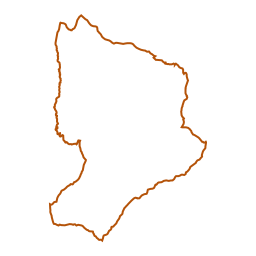 the district of Paz De Río, Boyacá, Colombia
{"feature_id": "7082276B10900430130409", "entity_name": "Paz De Río", "entity_type": "district", "adm_level": 2, "iso_a3": "COL", "parent_name": "Colombia", "parent_adm1": "Boyacá", "projection": "natural_earth1", "projection_center": [-72.768, 6.027], "detail": "fine", "context": "isolated", "style": "outline", "palette": "amber", "viewbox_px": 256, "rotation_deg": 0, "n_neighbors": 0, "source": "geoboundaries", "source_scale": "gbopen_adm2", "svg_char_len": 5656}
<svg xmlns="http://www.w3.org/2000/svg" viewBox="0 0 256 256"><path d="M205.8,141.8L205.1,142.4L204.4,142.6L203.5,142.5L203.0,141.9L202.1,141.8L199.3,138.3L198.3,137.4L194.6,135.1L192.9,134.4L192.5,133.6L191.6,132.4L191.3,131.1L189.5,128.9L188.6,128.3L188.2,127.9L185.9,127.3L182.2,127.3L181.7,127.2L183.5,124.1L183.8,122.8L183.9,121.9L183.6,120.5L183.2,119.6L183.2,119.3L183.8,118.9L184.0,118.5L182.3,116.7L181.6,115.3L181.2,111.5L181.5,110.4L181.6,108.9L181.9,107.5L182.5,106.3L182.5,105.6L183.8,101.5L184.4,100.3L186.7,98.9L187.3,97.2L186.7,96.3L186.9,95.8L186.1,94.7L185.5,93.2L185.5,89.4L185.7,88.7L185.5,88.2L186.0,86.2L188.0,80.4L187.6,79.6L187.0,77.5L186.7,76.1L186.7,74.5L186.2,73.3L185.9,72.9L185.3,72.8L184.4,73.2L183.9,73.9L183.6,73.5L183.2,72.8L183.1,69.6L182.5,68.5L180.8,68.0L179.4,67.3L177.8,65.1L176.6,64.3L175.9,63.7L175.7,63.7L174.8,64.9L174.8,64.4L173.7,63.6L171.9,64.3L169.2,64.3L168.5,64.0L167.3,64.1L166.1,63.7L165.7,62.8L165.1,63.5L164.1,62.4L162.7,61.5L162.2,60.6L161.6,60.3L157.3,59.9L155.9,59.9L153.6,57.7L155.3,56.2L153.8,55.7L151.9,54.1L150.5,53.4L149.0,51.5L148.7,51.5L147.6,51.7L146.8,51.6L145.2,50.6L143.7,50.4L141.1,49.8L138.9,48.9L136.5,47.7L134.3,45.7L133.2,44.3L131.8,43.5L130.2,43.2L127.4,43.2L125.8,43.4L123.2,43.9L116.8,42.8L115.5,42.9L114.2,43.5L113.6,43.5L112.2,42.7L110.6,41.3L109.3,40.5L105.2,39.3L103.4,38.0L102.1,36.8L100.9,34.5L99.9,33.3L99.2,32.8L98.8,32.1L97.8,31.2L97.4,29.7L97.3,28.0L96.7,26.8L95.5,26.4L93.3,26.2L91.7,25.6L91.1,25.3L90.1,24.3L89.1,23.1L87.2,20.2L85.4,19.2L81.2,15.4L79.9,16.5L79.5,16.7L77.3,20.2L76.0,25.0L74.5,28.1L73.4,28.9L72.6,29.2L71.7,30.3L70.7,30.2L69.9,29.7L69.0,29.5L68.6,29.3L66.8,27.3L65.7,24.5L64.9,23.9L63.7,23.3L61.4,23.0L60.5,22.7L60.3,22.9L59.8,25.0L59.1,29.2L58.3,31.2L57.7,31.9L57.4,32.6L55.5,43.1L55.6,44.7L56.6,46.4L56.6,47.8L56.9,48.3L56.6,49.8L56.7,50.3L57.1,50.6L57.3,51.9L58.0,53.0L57.9,54.4L57.6,55.4L57.6,55.7L58.1,56.2L58.0,56.6L57.9,57.6L58.1,58.7L57.9,59.4L57.6,59.8L57.6,61.0L57.9,61.5L59.3,62.5L59.6,63.1L59.6,64.1L59.9,64.9L59.8,65.7L60.0,67.1L59.9,68.0L59.6,68.6L58.8,69.4L59.0,69.8L59.5,70.1L59.4,70.6L59.1,71.0L59.5,71.5L59.3,71.8L59.9,72.7L59.7,73.7L60.2,74.2L59.8,75.1L60.1,75.8L59.6,76.8L60.1,78.0L60.6,78.5L60.5,79.5L60.8,80.3L60.4,81.4L60.5,82.5L59.7,82.8L59.6,83.2L59.7,83.5L59.4,84.1L59.8,84.7L59.6,85.7L59.1,86.9L59.6,88.4L59.3,89.3L59.2,90.2L59.6,91.6L59.6,92.3L59.1,93.7L59.2,94.3L59.4,94.7L59.2,95.5L59.3,96.0L59.2,96.4L58.8,96.9L57.3,97.7L56.4,98.6L56.2,99.4L56.4,101.2L56.3,101.8L55.8,102.5L55.7,103.3L54.9,104.4L54.8,106.5L54.1,107.1L54.2,107.7L54.8,108.3L55.0,109.4L56.2,111.2L56.6,112.2L56.5,113.3L56.1,113.6L55.9,114.3L55.9,115.0L56.3,115.8L57.0,115.8L57.0,116.2L56.7,116.8L56.5,117.8L57.1,118.9L57.0,121.5L57.5,122.8L58.0,123.4L57.9,123.9L57.0,124.6L56.2,127.2L56.2,127.4L56.5,127.7L57.1,127.2L57.4,127.2L57.5,127.7L57.4,128.4L56.9,128.8L55.9,128.9L55.7,129.0L55.6,129.6L55.8,130.0L56.8,130.8L57.1,131.4L57.5,132.4L57.4,133.7L57.6,134.1L58.1,134.2L58.4,134.1L59.6,133.3L60.0,133.2L60.1,133.8L59.7,134.8L59.5,135.4L59.6,135.8L60.0,136.4L60.7,136.5L60.9,136.4L62.0,135.3L62.6,135.1L63.2,135.6L63.4,139.6L63.7,140.4L64.8,141.3L65.1,142.1L65.4,142.5L65.8,142.6L66.1,142.2L66.5,142.1L67.2,142.5L68.2,143.7L69.2,144.2L71.1,144.1L71.7,144.5L73.8,143.9L76.0,143.7L76.5,144.3L77.0,143.8L78.3,140.5L78.6,140.4L80.1,140.7L79.7,141.8L79.6,142.5L79.6,146.2L80.3,148.2L80.8,150.8L81.1,151.4L81.8,152.3L81.9,153.2L82.8,154.9L83.6,157.4L85.9,160.0L85.6,161.1L83.8,164.9L82.8,170.2L81.7,172.0L81.5,173.1L80.8,174.3L80.3,175.8L79.2,178.1L78.6,179.0L77.9,179.8L76.0,181.4L75.1,181.9L74.1,182.2L73.1,183.9L72.7,184.3L72.3,184.4L71.1,184.1L70.6,184.1L69.8,185.1L68.1,186.0L67.1,186.7L65.8,188.1L63.8,189.7L62.0,190.5L61.6,190.8L61.3,191.2L60.8,192.5L60.1,193.8L58.7,195.3L57.5,197.5L57.2,198.4L56.5,201.7L55.9,201.9L55.0,201.9L54.2,202.2L53.8,202.5L52.7,203.9L51.7,204.6L50.9,204.7L50.0,204.2L50.2,208.4L50.4,210.1L50.3,212.0L50.6,213.1L51.6,215.7L51.8,217.3L52.8,221.1L53.2,222.4L53.8,223.8L55.6,224.1L56.8,224.8L58.5,225.5L58.9,225.3L59.4,224.7L59.9,224.7L61.3,225.1L64.8,225.3L69.6,224.1L71.8,224.3L73.2,224.8L74.1,224.3L75.0,224.3L76.4,225.5L78.2,224.8L81.7,225.5L82.8,226.1L84.4,227.9L86.5,229.6L87.2,230.0L87.9,230.1L89.0,231.1L89.7,231.3L92.4,231.5L92.9,231.6L93.2,233.0L93.7,234.0L94.1,234.3L94.1,234.9L94.6,235.9L95.8,236.4L96.8,237.9L97.9,238.7L98.7,239.6L99.3,239.9L100.2,239.7L101.2,239.8L102.2,240.6L103.0,238.2L103.3,236.6L103.7,235.6L104.2,235.3L106.5,234.6L107.4,234.0L107.7,233.6L109.1,230.8L110.6,229.8L111.2,228.9L111.4,228.5L111.3,227.3L111.5,227.0L111.8,226.8L113.0,226.7L113.4,226.5L114.1,225.6L116.3,223.4L117.0,221.7L117.6,220.7L119.1,218.7L119.6,217.5L120.0,216.1L121.7,214.6L122.4,213.8L122.8,211.5L124.4,208.1L125.2,207.4L125.8,206.6L127.3,205.1L128.4,203.8L131.5,200.6L133.9,198.4L135.1,197.8L135.5,197.7L136.8,198.0L136.7,198.1L137.5,198.4L139.3,198.3L139.6,198.1L140.8,196.5L142.0,195.3L144.3,194.2L146.6,193.8L147.3,192.3L147.7,190.1L148.0,189.6L150.4,188.9L152.5,188.7L153.8,188.1L154.4,187.2L155.4,184.8L155.7,184.6L156.2,184.8L156.5,184.6L157.9,182.9L158.5,182.5L161.4,182.2L162.3,181.8L163.7,180.9L166.2,180.4L168.8,180.9L170.6,180.5L172.6,180.4L174.2,179.0L175.2,177.0L176.1,176.1L178.6,176.1L180.2,175.5L181.2,174.8L181.6,174.7L182.6,174.7L184.2,175.0L185.5,174.2L185.8,173.5L185.9,172.4L187.3,171.6L188.9,169.8L189.8,168.5L190.0,167.6L190.4,166.9L195.4,163.2L195.9,162.8L196.2,161.9L197.3,160.5L197.6,160.3L199.5,159.6L201.1,157.6L202.0,156.7L202.1,156.3L201.8,155.2L202.9,151.5L203.6,150.3L205.3,148.2L205.4,147.8L205.4,146.6L206.0,142.8L206.0,142.2L205.8,141.8Z" fill="none" stroke="#b45309" stroke-width="2"/></svg>